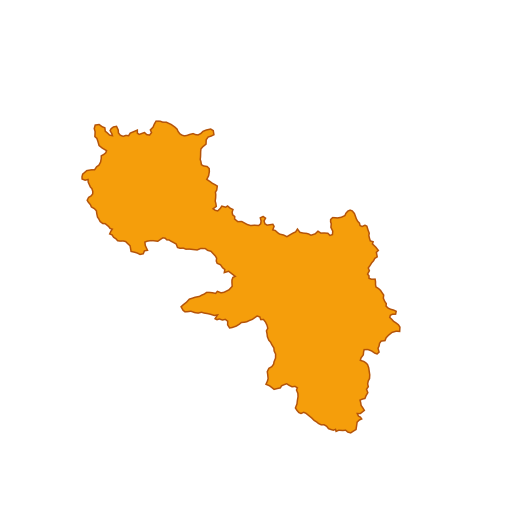 Tapiraí, São Paulo, Brazil (Albers equal-area conic projection), rotated 55°
{"feature_id": "56859067B25724400047231", "entity_name": "Tapiraí", "entity_type": "district", "adm_level": 2, "iso_a3": "BRA", "parent_name": "Brazil", "parent_adm1": "São Paulo", "projection": "albers", "projection_center": [-47.631, -23.999], "detail": "fine", "context": "isolated", "style": "filled", "palette": "amber", "viewbox_px": 512, "rotation_deg": 55, "n_neighbors": 0, "source": "geoboundaries", "source_scale": "gbopen_adm2", "svg_char_len": 5749}
<svg xmlns="http://www.w3.org/2000/svg" viewBox="0 0 512 512"><g transform="rotate(55 256 256)"><path d="M432.1,242.8L428.5,241.9L427.5,239.0L424.8,237.9L422.7,235.7L421.5,233.3L418.6,231.0L415.2,229.3L412.2,227.8L408.8,226.9L406.5,227.3L404.2,228.2L401.3,230.4L399.7,228.4L398.5,224.8L396.2,222.8L394.7,221.1L396.9,217.9L400.0,215.8L403.7,214.4L405.7,213.0L405.3,210.3L401.6,209.0L400.3,206.8L398.4,204.9L397.5,202.3L399.3,198.9L397.6,196.3L396.9,193.0L396.6,188.4L398.0,184.3L400.2,181.6L396.8,178.9L394.0,178.8L391.1,179.7L388.4,180.8L385.8,181.1L383.0,181.7L381.6,179.9L382.0,177.6L383.7,175.0L381.7,172.9L379.2,174.3L376.8,176.3L374.6,177.6L371.7,178.2L369.7,176.6L367.0,176.6L363.6,175.9L361.2,173.8L358.2,173.8L355.6,173.7L353.0,174.3L350.1,175.5L348.0,174.5L345.7,172.9L343.3,171.7L341.2,174.8L339.1,176.2L337.0,174.8L334.8,175.0L333.1,171.6L330.2,170.9L329.0,167.6L327.9,165.0L327.3,162.4L326.1,160.1L326.2,157.2L322.0,155.3L321.6,152.6L317.6,152.8L312.9,153.7L311.5,151.9L309.2,153.7L306.9,153.0L303.9,151.8L302.3,150.2L298.8,149.3L295.2,148.1L293.3,149.1L292.7,152.2L290.7,153.3L288.4,152.4L285.9,152.8L283.2,152.5L277.6,151.0L274.3,151.3L272.4,152.6L271.9,155.0L272.6,157.9L273.9,160.0L273.2,163.9L271.6,167.4L269.9,169.4L268.5,171.2L268.9,173.9L270.8,175.3L272.8,175.9L275.5,178.2L279.7,178.9L282.3,181.1L281.6,183.6L278.6,184.1L276.3,186.9L274.4,189.8L271.2,191.0L271.8,194.8L270.5,199.1L268.2,200.2L266.5,201.6L264.4,204.1L261.8,206.5L257.7,206.6L259.0,209.7L258.5,212.3L258.2,215.3L257.9,219.6L254.6,221.4L251.6,224.1L249.3,224.9L246.2,225.6L244.2,227.3L242.1,224.2L239.7,224.0L237.1,229.2L234.7,230.2L231.9,229.3L230.5,226.5L227.7,227.5L227.2,230.6L230.3,231.8L232.3,233.7L232.6,236.3L229.9,239.6L228.0,242.9L225.2,245.1L222.0,246.7L219.6,247.9L217.4,251.2L213.4,252.3L211.5,250.8L208.8,251.5L206.4,250.4L204.7,248.2L202.1,249.7L198.7,250.6L198.6,252.9L195.5,255.4L196.5,257.9L197.1,261.5L195.2,263.2L192.7,264.1L192.6,260.1L190.0,258.8L187.6,257.9L185.2,255.7L182.7,253.8L180.4,252.6L179.5,250.4L176.5,247.6L174.0,248.7L171.3,250.1L168.5,251.0L165.0,252.4L163.1,248.8L160.1,245.8L157.5,244.2L154.7,244.7L152.0,247.4L149.9,248.3L147.1,247.0L144.9,246.3L143.1,244.7L141.4,243.4L138.8,241.5L136.7,239.7L136.0,236.9L135.7,232.8L132.2,230.1L131.1,226.9L132.0,224.1L132.5,220.9L128.8,219.1L126.0,220.3L124.3,224.4L123.5,227.8L124.0,231.0L123.6,234.0L121.9,235.9L119.7,237.3L118.4,240.6L117.7,243.3L116.5,245.8L114.6,247.3L112.2,248.3L109.1,248.4L106.8,247.9L103.9,248.5L99.7,250.0L95.0,252.7L92.9,255.6L90.6,257.2L88.2,260.5L89.6,263.6L91.4,266.4L92.1,270.2L95.0,270.8L95.9,273.8L93.9,275.9L90.9,276.5L90.2,279.0L89.4,282.0L87.3,282.7L84.8,281.0L84.0,284.8L83.2,288.5L84.4,291.4L82.6,293.4L81.8,296.2L79.2,297.9L76.3,298.1L73.8,296.6L69.8,295.9L68.5,298.8L68.6,301.6L69.6,303.6L73.0,303.9L75.1,304.6L73.0,306.6L69.8,307.2L67.3,307.9L64.3,306.3L61.8,307.9L58.3,309.1L56.5,312.6L58.8,315.4L61.9,316.5L65.8,319.5L68.3,318.9L71.2,319.7L75.5,321.2L79.3,320.1L84.0,318.0L85.3,319.9L85.5,322.4L85.2,325.3L87.2,326.7L89.9,329.4L91.5,332.6L91.5,335.4L92.8,338.8L91.0,341.4L89.0,345.6L89.5,351.0L91.3,353.1L93.2,354.3L95.9,352.5L97.0,349.7L99.3,351.1L104.5,352.1L106.6,351.8L109.6,352.7L111.5,354.2L112.2,356.6L112.0,359.5L113.5,362.3L115.7,362.5L119.0,362.2L121.4,362.7L124.6,361.2L127.4,360.8L129.9,362.1L133.2,363.5L135.5,363.5L138.4,363.9L141.5,362.9L143.0,361.0L147.3,359.8L149.8,359.7L151.6,358.3L152.4,360.5L154.0,363.2L156.1,361.8L158.9,361.9L161.8,360.8L164.1,360.6L165.8,358.8L167.5,356.2L169.4,354.5L172.2,354.0L175.4,353.3L180.6,355.7L183.5,353.1L185.6,351.5L188.2,350.1L189.5,347.1L187.8,344.4L189.1,341.6L186.2,341.1L184.0,340.7L180.9,339.1L181.4,336.7L182.7,334.0L184.5,331.4L187.6,328.0L187.6,324.6L187.7,321.9L189.3,320.2L191.6,319.8L193.0,318.0L195.0,317.2L197.5,315.9L200.4,314.5L204.0,315.4L206.1,313.8L207.9,311.0L210.2,309.5L212.2,306.5L214.7,303.7L217.3,300.7L218.1,297.0L220.8,293.3L223.6,292.4L226.3,290.2L232.6,289.3L235.2,289.5L237.3,291.4L239.7,292.0L242.8,290.1L246.4,290.1L249.2,289.3L251.4,291.5L252.8,287.2L257.2,285.8L260.8,284.7L260.3,287.2L261.8,289.4L263.9,290.9L267.2,292.9L268.2,297.5L267.4,303.0L266.1,305.8L262.8,307.9L263.5,310.5L261.0,312.9L259.0,315.2L257.5,317.3L257.5,320.2L256.9,323.0L256.7,325.4L254.8,329.7L254.1,332.2L253.1,335.3L254.0,339.5L254.2,343.6L254.6,346.5L258.7,346.9L261.0,346.2L262.4,343.9L263.9,341.0L267.3,338.6L269.6,336.1L270.8,332.9L273.0,331.2L275.4,328.7L277.5,326.8L280.9,324.2L282.2,321.3L283.9,325.5L285.8,324.5L286.5,322.2L289.2,320.2L290.3,317.5L293.2,316.6L296.1,318.7L299.8,318.9L300.9,316.6L302.1,312.4L302.3,308.7L302.1,306.1L303.7,303.3L304.6,301.2L305.0,298.6L305.8,295.3L305.8,289.5L308.2,287.8L310.8,288.6L312.3,286.3L315.5,286.1L319.1,286.7L322.0,287.8L323.3,290.4L326.1,291.6L328.7,293.0L332.3,293.8L334.9,293.5L337.7,293.9L341.6,294.1L344.2,295.6L347.6,296.2L350.9,298.6L353.1,302.0L354.7,303.6L355.7,306.5L355.4,309.9L357.2,313.1L359.8,314.4L363.4,316.4L365.1,318.5L366.8,321.4L370.0,319.4L373.1,318.4L375.6,317.7L376.8,314.5L378.0,311.7L377.0,309.6L377.4,307.3L378.2,304.2L380.6,303.2L383.8,301.5L385.2,298.8L387.7,297.7L389.0,299.7L392.6,300.5L395.4,302.3L397.9,304.8L400.7,307.3L403.1,310.9L406.0,311.0L408.8,310.7L410.8,309.5L411.4,306.6L413.5,305.3L417.3,304.2L420.5,303.3L424.0,302.7L426.8,301.5L429.0,300.9L431.7,299.4L433.3,297.0L436.0,295.8L439.1,295.6L441.3,294.0L443.1,292.5L443.6,290.3L445.6,291.0L446.2,288.1L448.8,284.9L450.1,282.5L452.9,281.8L455.2,279.9L455.3,276.3L455.5,273.6L452.7,270.9L450.1,268.5L449.6,265.4L450.1,262.9L447.9,262.9L445.9,263.9L443.1,263.4L444.9,260.9L444.6,255.8L441.5,255.6L438.7,255.6L435.8,254.2L433.7,253.5L434.3,250.7L435.2,248.5L433.5,245.9L432.1,242.8Z" fill="#f59e0b" stroke="#b45309" stroke-width="1.5"/></g></svg>